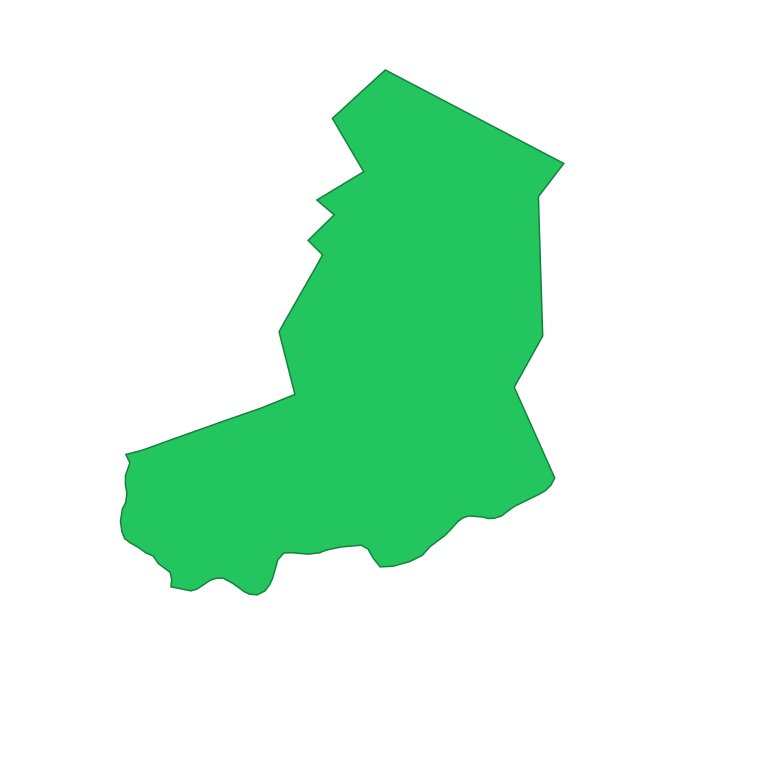 outline of Lagoa do Piauí, Piauí, Brazil, rotated 118°
{"feature_id": "56859067B46301413815752", "entity_name": "Lagoa do Piauí", "entity_type": "district", "adm_level": 2, "iso_a3": "BRA", "parent_name": "Brazil", "parent_adm1": "Piauí", "projection": "albers", "projection_center": [-42.544, -5.453], "detail": "fine", "context": "isolated", "style": "filled", "palette": "green", "viewbox_px": 768, "rotation_deg": 118, "n_neighbors": 0, "source": "geoboundaries", "source_scale": "gbopen_adm2", "svg_char_len": 1215}
<svg xmlns="http://www.w3.org/2000/svg" viewBox="0 0 768 768"><g transform="rotate(118 384 384)"><path d="M386.8,189.1L325.7,267.5L267.1,266.4L171.4,321.2L146.0,335.6L104.9,328.8L106.1,530.3L143.7,543.7L161.4,549.9L173.7,554.3L206.1,501.6L253.1,529.7L258.0,507.4L292.9,518.4L295.8,508.8L298.8,498.9L312.9,499.1L375.7,501.0L387.1,501.2L435.0,457.8L463.4,481.6L490.2,506.5L528.9,541.9L556.4,566.8L567.4,578.9L573.0,571.3L586.0,569.4L594.6,564.9L601.1,559.7L610.0,556.4L617.0,556.4L629.1,552.2L637.5,546.0L642.2,540.4L643.4,533.2L643.6,524.1L644.9,515.1L644.3,507.1L648.5,498.9L649.6,491.4L650.8,484.3L656.4,479.6L663.1,476.9L659.1,463.5L657.2,457.2L652.8,452.8L638.6,445.1L634.0,440.6L631.0,434.9L631.0,424.0L633.0,409.5L632.7,404.0L629.7,397.0L622.7,392.0L614.7,390.7L608.2,391.1L599.1,393.0L589.3,395.2L580.2,393.1L576.0,385.7L569.7,370.8L563.3,361.7L558.0,357.2L548.2,345.6L537.0,328.4L537.2,320.6L542.6,312.3L547.3,301.6L540.8,290.6L528.7,277.9L517.4,269.8L505.7,266.9L489.4,259.2L481.7,256.9L470.4,254.1L465.1,251.4L460.8,247.4L455.1,234.5L453.9,228.9L451.0,223.9L445.7,218.5L436.8,214.4L430.8,211.4L407.8,194.8L402.1,191.3L394.9,189.1L386.8,189.1Z" fill="#22c55e" stroke="#15803d" stroke-width="1.5"/></g></svg>